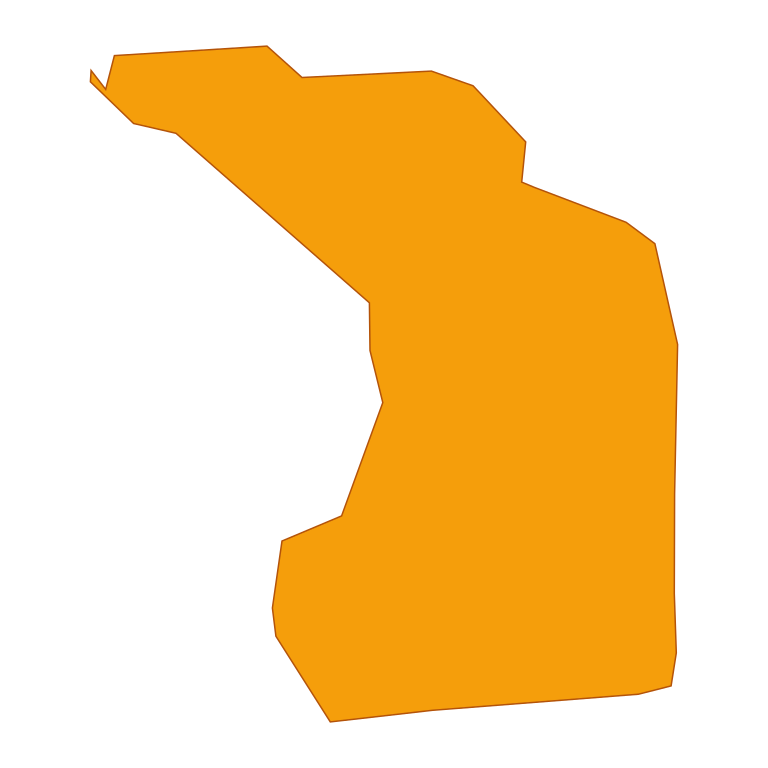 Agana Heights, Guam
{"feature_id": "77769853B67534366547029", "entity_name": "Agana Heights", "entity_type": "district", "adm_level": 2, "iso_a3": "GUM", "parent_name": "Guam", "parent_adm1": "", "projection": "robinson", "projection_center": [144.743, 13.466], "detail": "fine", "context": "isolated", "style": "filled", "palette": "amber", "viewbox_px": 768, "rotation_deg": 0, "n_neighbors": 0, "source": "geoboundaries", "source_scale": "gbopen_adm2", "svg_char_len": 492}
<svg xmlns="http://www.w3.org/2000/svg" viewBox="0 0 768 768"><path d="M91.1,70.5L90.4,81.8L133.6,123.5L176.0,133.3L369.4,302.8L370.0,350.5L382.8,402.6L341.6,515.9L282.0,541.0L272.4,608.0L275.9,636.2L330.3,721.9L432.4,710.3L638.5,694.2L671.1,685.9L676.3,652.9L674.3,593.5L674.6,493.8L677.6,344.5L654.9,243.7L626.1,222.3L534.4,187.4L521.7,182.1L525.7,141.9L473.1,85.8L431.4,71.1L302.0,77.5L267.0,46.1L114.4,55.6L105.7,89.4L91.1,70.5Z" fill="#f59e0b" stroke="#b45309" stroke-width="1.5"/></svg>